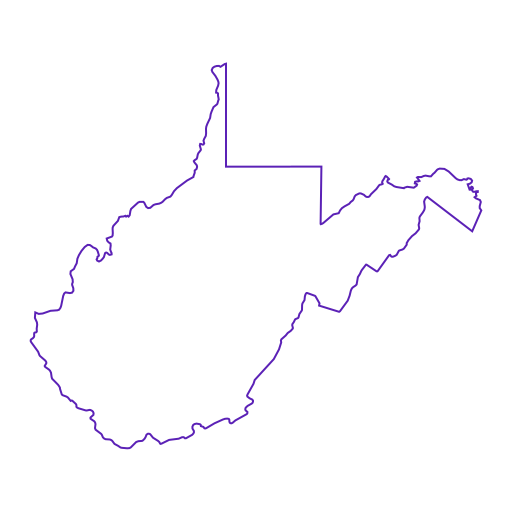 the border of West Virginia
{"feature_id": "USA-3554", "entity_name": "West Virginia", "entity_type": "State", "adm_level": 1, "iso_a3": "USA", "parent_name": "United States of America", "parent_adm1": "", "projection": "robinson", "projection_center": [-80.323, 38.926], "detail": "fine", "context": "isolated", "style": "outline", "palette": "violet", "viewbox_px": 512, "rotation_deg": 0, "n_neighbors": 0, "source": "natural_earth", "source_scale": "10m", "svg_char_len": 5999}
<svg xmlns="http://www.w3.org/2000/svg" viewBox="0 0 512 512"><path d="M35.3,312.4L38.7,313.9L42.7,313.5L50.5,310.8L57.4,310.3L59.1,309.7L60.5,307.7L61.2,305.7L63.2,295.9L64.2,293.5L65.5,292.4L69.9,293.1L72.0,292.7L73.4,290.8L73.3,288.2L72.1,284.8L72.2,283.7L72.8,282.1L72.6,279.3L70.4,274.0L70.7,271.3L74.0,268.9L75.1,266.3L76.7,263.3L77.4,258.7L78.9,255.2L81.5,250.9L84.7,247.0L87.6,244.9L89.8,245.0L91.5,246.1L92.9,247.3L95.7,248.5L97.0,249.8L97.8,251.6L98.9,255.3L98.7,255.9L97.5,256.7L97.3,258.2L96.6,259.4L97.2,260.6L99.0,261.5L101.0,260.5L102.7,258.7L103.9,257.1L105.1,253.1L106.1,252.5L107.2,252.9L108.8,254.5L109.8,254.9L111.6,254.4L111.6,253.1L110.8,251.4L110.2,249.5L110.7,245.5L110.5,243.5L108.7,242.4L107.4,241.0L107.1,240.3L106.7,238.5L111.9,236.6L112.6,235.6L112.8,233.1L112.6,228.9L112.7,227.5L113.4,225.8L117.9,220.9L119.3,217.1L121.2,216.6L123.4,216.5L125.4,215.8L126.1,216.6L127.4,215.8L128.6,216.6L129.7,215.2L130.4,210.9L131.1,208.9L138.0,202.6L139.5,201.9L143.4,201.9L144.3,202.8L146.3,206.9L148.1,208.1L150.3,207.8L153.5,205.0L155.4,204.3L159.3,203.6L161.1,202.8L162.5,201.9L165.1,199.2L166.8,197.9L170.4,196.6L171.8,194.9L174.0,191.2L176.9,188.1L187.1,180.5L193.4,177.0L193.6,175.9L194.7,172.8L194.7,170.5L196.6,168.9L197.1,166.8L196.8,165.3L194.4,162.4L193.8,161.1L194.6,160.2L196.6,158.9L197.1,157.8L197.8,154.4L198.4,153.1L200.7,150.2L200.9,149.3L199.8,145.6L200.2,143.9L201.2,144.0L202.4,144.6L203.5,144.5L204.2,143.4L203.5,140.7L204.2,138.8L205.8,135.9L206.1,133.3L206.0,128.7L206.3,126.6L207.3,123.9L210.1,118.0L210.7,114.1L211.6,111.5L213.5,107.1L216.9,104.4L217.4,103.7L218.3,100.3L218.7,99.6L218.5,98.1L218.0,95.6L218.0,93.4L216.9,92.7L216.1,92.6L216.3,90.0L218.1,85.7L218.6,83.2L218.3,81.6L217.5,79.6L215.4,75.9L212.4,72.0L211.7,70.1L212.7,67.9L214.4,66.7L216.7,66.0L219.0,65.9L220.5,66.8L224.6,64.1L226.0,63.7L226.0,166.7L321.4,166.6L320.6,223.9L320.8,224.2L322.0,223.8L323.2,223.1L333.4,214.4L338.7,213.2L340.1,210.4L341.9,208.2L344.5,206.4L349.2,203.8L350.7,202.0L352.8,200.4L353.6,199.2L354.7,196.4L355.8,195.1L359.3,193.4L360.8,193.4L363.9,194.8L365.6,196.4L366.6,196.9L368.1,197.0L369.1,196.6L370.0,195.7L370.9,194.3L376.4,189.0L379.1,185.3L379.8,184.8L381.9,184.3L382.7,183.8L382.1,182.4L382.4,181.2L384.0,178.7L385.1,176.5L385.7,176.0L386.8,176.7L389.1,179.1L389.0,179.3L387.8,179.9L387.5,180.5L387.3,181.6L388.0,182.6L391.8,184.6L394.2,186.3L396.4,187.0L403.9,188.2L404.1,187.8L407.2,186.8L413.8,187.7L416.6,185.7L417.1,184.5L416.6,184.0L414.8,183.4L415.1,181.8L416.6,181.4L418.3,181.4L419.5,180.9L417.0,177.5L417.9,177.0L421.3,177.1L423.7,176.0L425.5,175.6L429.2,176.3L431.0,176.3L433.3,173.7L434.4,172.9L437.1,169.8L437.8,169.3L439.7,168.6L444.4,168.9L448.7,171.5L455.7,178.2L457.4,179.4L459.5,180.1L461.5,180.2L463.9,179.1L466.4,179.7L467.0,179.4L467.4,178.5L468.5,178.3L470.7,178.9L472.1,180.6L471.6,182.4L469.9,183.7L467.7,184.3L469.6,189.7L470.2,189.7L470.9,187.4L471.5,186.7L472.4,187.0L473.0,188.3L472.1,189.8L472.1,190.5L473.2,191.8L474.6,191.8L476.1,191.3L477.8,191.2L477.8,192.0L476.5,192.3L476.0,193.2L476.0,194.4L476.5,195.8L474.6,197.2L475.8,198.3L480.0,200.1L480.8,202.0L479.7,206.1L479.7,208.1L481.3,210.4L472.2,231.3L427.3,196.9L426.1,197.6L424.8,199.5L424.1,201.6L424.7,206.0L424.8,207.2L424.5,209.2L424.1,210.3L422.8,212.5L420.0,216.3L419.5,217.3L419.4,218.3L419.6,221.2L418.6,224.9L419.2,228.2L419.0,229.2L418.6,229.8L415.6,233.3L412.0,236.1L408.4,240.2L406.7,243.1L406.7,244.7L403.9,248.6L402.5,249.5L399.3,250.5L398.8,250.9L396.7,254.8L395.4,255.7L393.3,256.6L392.0,256.8L391.2,256.4L390.1,254.9L389.1,255.2L377.7,271.1L377.2,271.4L376.5,271.3L366.6,264.7L366.1,264.6L365.7,265.0L361.8,270.1L361.2,271.1L359.9,274.0L357.9,277.1L356.6,284.5L355.5,285.6L353.2,287.1L352.2,288.0L351.4,289.3L350.8,290.8L349.6,295.7L347.7,300.7L340.0,311.2L339.1,311.8L319.1,305.6L319.5,303.3L315.4,296.2L314.9,295.8L307.2,293.0L306.6,293.0L306.0,293.5L305.5,294.4L304.9,296.3L304.5,300.1L302.4,303.5L302.1,305.1L302.0,309.8L301.8,310.5L299.4,314.0L298.5,317.4L298.1,318.0L295.3,319.2L295.0,319.6L293.8,322.1L292.4,324.1L292.2,325.1L292.9,328.0L292.7,328.7L290.7,330.9L287.7,333.0L285.7,335.5L281.4,339.3L280.9,340.4L281.2,342.4L281.0,343.1L279.0,349.4L273.8,359.1L254.7,380.0L253.5,383.8L247.5,394.5L247.1,395.7L247.4,396.6L249.6,398.3L252.3,399.6L253.0,400.6L253.0,401.7L252.5,402.9L251.7,403.6L247.6,405.9L246.0,407.4L245.5,408.1L245.3,409.4L245.6,410.4L247.4,411.9L247.4,413.1L247.1,413.7L246.6,414.2L235.4,420.4L232.6,422.8L231.5,423.3L230.5,423.2L229.8,422.7L229.4,421.7L229.3,419.7L228.8,418.9L227.2,418.6L225.0,418.8L222.9,419.5L214.5,423.3L206.2,428.2L205.1,428.5L204.4,428.3L203.4,426.9L200.9,426.1L200.7,424.8L199.9,424.2L196.5,423.6L194.4,424.1L193.1,425.1L192.4,426.8L192.5,428.6L193.9,431.0L193.9,432.5L193.3,433.6L192.2,434.8L186.1,438.2L185.0,438.3L183.7,437.2L182.1,437.2L178.7,438.7L169.1,439.9L161.6,443.6L160.6,443.9L160.1,443.6L159.3,442.0L158.2,441.0L153.0,437.7L150.2,434.2L148.9,433.7L147.7,433.8L146.5,434.7L145.6,437.0L144.6,438.7L142.8,440.5L142.1,440.9L138.4,441.2L136.2,442.0L130.8,447.4L129.5,448.1L127.3,448.3L121.7,447.8L120.5,447.5L118.2,445.9L114.5,443.9L112.2,440.8L111.3,440.1L109.9,439.5L105.5,439.2L104.1,438.5L102.9,437.3L101.8,434.7L101.2,433.9L95.6,429.7L95.0,428.1L95.5,424.1L95.1,422.5L94.3,421.3L90.6,418.8L90.4,417.9L90.7,417.3L93.4,414.9L93.6,413.2L93.0,411.7L92.2,410.9L90.5,410.0L89.5,409.9L86.7,410.5L85.6,410.4L78.3,408.2L77.0,407.5L76.4,406.8L76.4,405.0L75.9,404.0L72.3,400.7L71.6,400.5L70.7,400.9L67.9,397.5L66.5,396.6L62.9,395.3L62.1,394.8L61.7,394.2L60.0,388.8L59.9,387.6L59.2,386.4L58.1,384.8L52.1,378.7L51.6,377.0L51.0,372.7L50.0,370.7L49.0,369.6L45.3,367.0L44.8,366.4L44.7,365.9L46.3,363.3L46.3,362.3L45.9,361.4L45.1,360.4L40.1,356.1L39.5,355.3L38.1,351.7L31.2,342.2L30.7,341.2L30.7,340.1L31.0,339.5L33.0,338.1L34.0,336.9L34.2,335.9L34.1,334.0L34.3,332.9L34.6,332.6L36.2,332.3L36.8,331.6L36.7,328.6L37.2,324.7L36.9,322.3L34.9,317.9L35.3,312.4Z" fill="none" stroke="#5b21b6" stroke-width="2"/></svg>